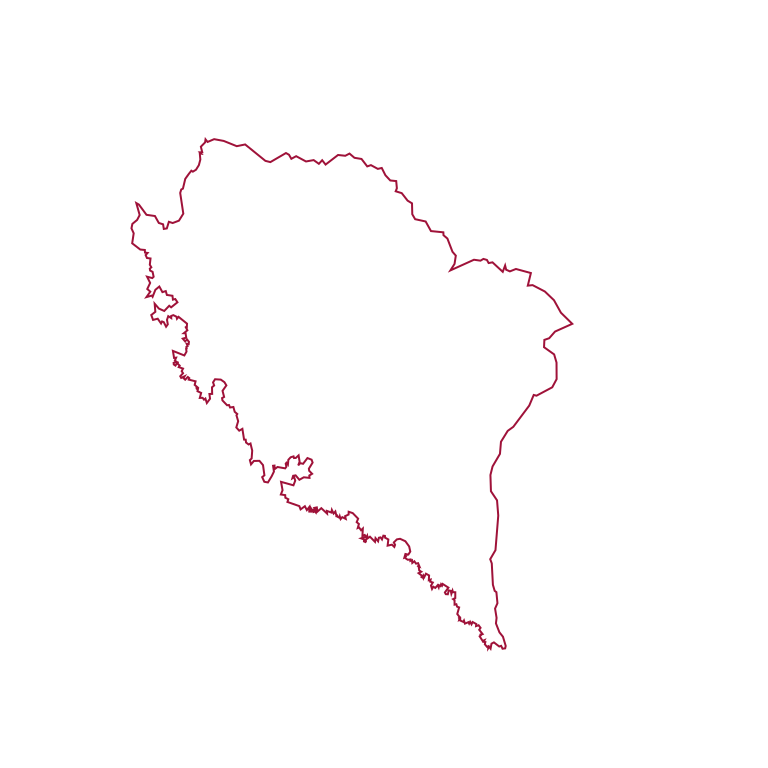 Nossa Senhora Da Luz, São Domingos, Cabo Verde (Equal Earth projection), rotated 161°
{"feature_id": "66160863B49789826079472", "entity_name": "Nossa Senhora Da Luz", "entity_type": "district", "adm_level": 2, "iso_a3": "CPV", "parent_name": "Cabo Verde", "parent_adm1": "São Domingos", "projection": "equal_earth", "projection_center": [-23.458, 15.031], "detail": "fine", "context": "isolated", "style": "outline", "palette": "rose", "viewbox_px": 768, "rotation_deg": 161, "n_neighbors": 0, "source": "geoboundaries", "source_scale": "gbopen_adm2", "svg_char_len": 6160}
<svg xmlns="http://www.w3.org/2000/svg" viewBox="0 0 768 768"><g transform="rotate(161 384 384)"><path d="M226.0,326.1L219.2,332.4L213.9,348.1L213.5,356.6L220.7,366.7L218.0,373.5L212.9,373.5L205.2,377.9L186.4,379.6L193.5,393.8L196.0,407.9L201.8,419.1L211.3,429.1L216.0,430.2L209.0,441.1L221.8,449.8L228.3,449.5L231.3,452.3L230.9,456.6L235.2,451.4L241.8,463.7L245.7,464.3L246.3,467.8L249.3,469.9L252.6,469.2L258.5,472.2L284.2,469.8L278.2,474.6L274.3,482.0L276.2,486.7L276.7,500.9L279.3,505.3L278.5,508.1L289.8,513.3L291.7,524.1L300.9,529.7L302.0,535.3L298.7,545.7L302.0,549.7L305.1,558.7L310.2,562.4L308.1,564.9L306.4,571.9L311.8,574.4L314.7,580.9L315.8,589.0L319.8,589.4L325.1,595.2L329.0,595.2L332.0,604.1L338.3,607.5L341.6,613.1L346.3,612.4L352.9,615.5L367.8,610.5L369.6,615.7L373.9,613.4L377.6,618.6L385.3,619.8L392.9,628.0L398.3,627.1L399.2,631.7L401.5,634.3L419.2,630.8L423.5,633.6L437.3,655.7L445.8,656.8L456.4,666.0L464.9,670.8L472.0,670.3L473.1,673.4L474.5,670.7L479.9,668.0L480.4,662.3L482.7,663.0L482.0,661.4L483.1,662.0L484.6,656.0L487.8,651.2L492.0,647.8L495.6,647.0L496.7,648.4L500.0,646.3L505.1,642.7L510.5,634.2L512.4,633.9L514.5,631.0L518.3,610.4L524.7,605.2L531.4,605.0L534.6,607.4L538.7,601.8L541.7,602.3L540.9,606.9L544.5,609.6L545.9,617.4L553.5,621.3L557.3,633.4L559.3,635.7L560.0,623.3L564.0,619.5L569.8,617.3L572.1,613.4L571.6,608.0L576.3,599.0L570.7,590.5L566.5,588.6L567.2,586.1L564.9,584.9L567.4,583.5L567.1,580.3L563.9,578.7L566.6,573.0L566.0,570.1L567.9,569.3L568.2,567.4L566.3,565.4L566.9,560.4L568.6,559.6L573.1,562.6L572.2,555.7L576.9,550.9L574.9,547.4L580.3,543.5L574.8,543.2L574.4,541.8L569.5,547.5L564.7,549.3L563.6,543.0L560.1,542.9L560.3,538.9L555.3,536.3L556.1,532.5L553.7,532.3L552.7,528.5L560.3,525.8L561.6,527.9L568.0,524.6L572.3,528.6L574.7,534.6L576.7,526.7L581.6,525.0L581.5,519.8L576.7,519.4L575.1,513.8L573.5,515.4L572.1,514.2L571.4,509.1L569.0,510.8L568.3,515.3L565.9,518.4L563.7,515.6L563.1,517.6L560.8,517.7L558.3,515.2L558.5,513.1L556.4,514.4L550.6,505.2L552.2,501.3L553.1,503.1L552.4,498.8L556.7,497.2L555.1,496.6L555.9,492.2L559.5,492.4L558.2,489.1L555.7,490.2L554.7,487.4L555.7,485.3L557.5,486.3L557.3,483.8L558.9,483.3L559.1,481.0L559.5,482.4L560.2,478.9L563.5,476.0L572.8,484.0L574.0,477.0L572.0,476.6L574.1,474.3L572.9,472.5L576.0,472.5L576.4,470.9L575.2,469.3L571.5,472.2L572.5,470.3L571.2,467.9L572.6,466.8L569.0,464.0L571.1,462.0L570.5,459.6L574.1,457.7L573.8,455.8L570.1,456.2L571.7,454.9L570.6,452.8L567.2,454.5L566.2,452.9L567.2,451.7L561.3,447.9L563.3,444.8L561.4,441.6L562.6,441.3L562.6,440.9L561.7,441.2L561.1,440.6L562.7,437.9L559.8,435.1L562.7,430.8L560.0,430.0L559.3,427.8L557.6,428.4L557.7,423.7L553.3,426.7L552.3,431.4L549.7,430.6L547.7,436.9L545.1,437.9L545.1,441.2L542.2,443.5L536.9,441.3L534.3,437.7L533.5,434.0L538.9,430.1L539.4,423.8L541.7,423.4L542.1,421.1L539.3,415.0L537.4,414.6L537.2,411.9L533.9,411.3L534.2,406.3L532.5,403.4L533.7,402.4L534.0,396.3L537.8,391.0L536.1,387.0L532.5,387.7L534.4,377.0L532.9,376.4L533.5,373.6L531.7,370.9L529.6,371.2L530.3,363.9L533.4,356.7L535.6,355.7L535.9,351.3L532.1,353.6L526.8,351.9L524.8,346.7L526.8,336.6L529.5,335.6L529.0,330.5L525.8,328.7L520.3,333.3L516.6,337.0L515.5,342.8L514.1,342.5L515.1,339.1L511.7,340.2L504.9,336.4L503.2,337.6L502.9,340.6L501.9,341.3L501.1,339.1L499.1,343.5L496.1,345.1L493.1,345.0L493.2,343.3L491.5,342.8L488.0,344.3L489.1,338.0L491.6,335.0L488.9,336.4L486.5,334.9L480.5,338.9L477.1,336.0L477.1,332.9L482.6,328.4L483.0,326.3L481.2,322.5L484.4,321.8L485.0,319.5L490.2,321.9L495.2,321.0L497.3,326.4L499.8,326.8L501.3,324.7L499.3,325.2L499.4,321.5L502.6,317.7L513.2,325.0L514.5,316.6L517.5,313.1L513.6,311.1L514.3,308.6L512.0,306.2L513.7,303.9L503.8,296.1L503.7,292.6L498.6,294.2L498.0,289.9L494.7,292.0L496.2,287.7L494.6,287.1L493.5,290.1L492.4,285.1L491.7,289.0L490.3,284.8L489.0,287.2L490.0,289.5L487.7,289.2L488.5,285.0L483.7,287.0L480.0,280.0L479.3,282.6L475.6,279.6L474.3,281.9L473.8,277.9L471.5,279.3L471.9,275.0L470.4,275.5L471.9,274.4L469.8,272.2L468.9,273.4L469.0,270.4L466.8,271.7L464.1,268.9L463.8,271.7L460.0,272.1L459.0,274.7L455.6,272.1L452.3,265.1L454.8,262.3L453.3,259.8L455.7,256.4L454.3,256.5L453.3,253.2L451.1,254.2L453.8,247.5L451.4,247.6L450.7,245.4L455.9,245.5L453.4,243.4L454.2,241.7L453.0,240.6L452.3,241.1L452.0,242.5L451.1,243.0L450.4,244.8L449.3,245.9L449.7,243.4L447.0,244.2L443.9,237.7L442.2,241.0L440.8,237.2L438.9,240.3L437.2,240.1L436.5,237.7L434.0,240.8L432.6,240.1L433.0,238.3L430.5,235.6L433.2,230.0L428.8,229.5L427.3,226.6L425.9,228.3L426.3,231.0L422.4,232.9L419.2,232.4L415.0,228.4L413.1,222.2L413.7,217.0L416.5,214.8L419.1,216.3L421.2,213.3L419.9,213.5L420.8,212.8L418.8,210.1L416.1,209.5L416.6,208.2L414.9,208.3L415.5,205.6L413.0,206.5L412.2,203.7L410.1,203.5L409.9,200.0L410.7,200.9L411.1,200.7L409.8,198.6L410.8,199.4L411.4,196.3L409.9,194.4L412.9,193.9L410.7,190.6L411.8,188.5L410.4,189.5L410.1,187.8L409.0,189.8L408.7,188.4L406.1,191.0L403.7,188.3L405.5,183.9L403.6,183.9L404.7,182.1L402.5,180.4L405.2,178.1L405.3,174.6L403.4,176.3L401.9,174.5L398.7,176.3L398.5,173.9L397.4,175.7L396.4,174.5L395.2,176.1L394.7,174.5L393.6,175.8L389.4,170.5L394.3,167.1L394.0,165.2L392.1,164.4L390.0,167.7L388.2,166.7L388.6,163.7L386.5,166.3L386.6,164.7L384.4,163.9L386.3,158.4L388.7,158.1L387.7,156.6L389.1,152.4L387.3,152.2L387.4,149.7L385.7,148.3L389.6,142.7L388.4,138.9L390.0,138.0L388.7,138.1L389.6,136.7L388.4,137.1L388.9,135.5L386.5,133.3L385.4,134.3L385.5,131.1L381.7,131.3L381.5,129.7L380.0,131.1L379.5,128.3L377.7,130.1L374.9,127.0L375.8,125.1L373.1,125.1L372.1,122.0L374.0,120.6L372.2,115.5L375.2,115.7L374.0,115.0L375.7,114.3L374.4,109.0L372.4,109.1L373.8,107.8L372.2,107.0L373.4,105.1L372.2,102.0L370.8,102.1L371.5,100.2L370.1,101.3L369.4,99.1L366.9,103.5L364.2,103.9L360.5,98.3L358.5,98.3L358.1,95.1L355.5,94.6L354.2,96.7L353.8,106.3L355.7,111.6L356.1,121.2L353.7,126.2L352.1,135.5L348.1,139.8L345.5,150.6L346.7,152.4L346.4,158.7L340.5,179.3L340.6,183.8L332.7,190.6L318.8,222.4L315.0,237.2L317.8,247.8L313.0,263.3L308.2,270.7L297.1,280.2L292.2,291.3L282.3,299.4L275.7,301.4L253.7,316.3L246.0,324.9L243.6,323.3L226.0,326.1Z" fill="none" stroke="#9f1239" stroke-width="2"/></g></svg>